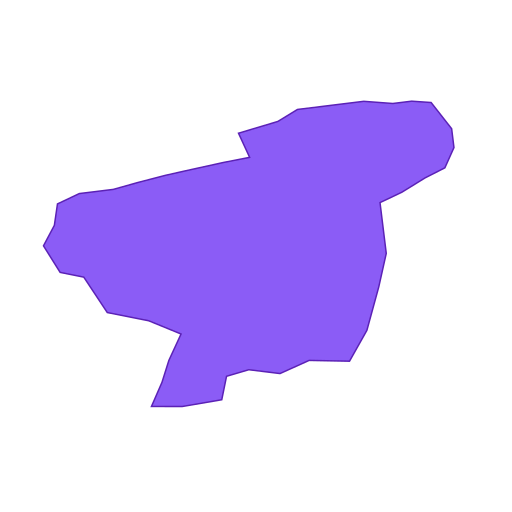 Vyzakia, Nicosia, Cyprus, rotated 263°
{"feature_id": "46923920B13954431934634", "entity_name": "Vyzakia", "entity_type": "district", "adm_level": 2, "iso_a3": "CYP", "parent_name": "Cyprus", "parent_adm1": "Nicosia", "projection": "albers", "projection_center": [33.022, 35.072], "detail": "fine", "context": "isolated", "style": "filled", "palette": "violet", "viewbox_px": 512, "rotation_deg": 263, "n_neighbors": 0, "source": "geoboundaries", "source_scale": "gbopen_adm2", "svg_char_len": 692}
<svg xmlns="http://www.w3.org/2000/svg" viewBox="0 0 512 512"><g transform="rotate(263 256 256)"><path d="M292.0,46.3L263.6,59.6L256.0,82.5L218.0,101.5L204.8,141.6L187.7,172.1L163.0,156.8L142.1,147.3L119.4,133.9L115.6,164.4L117.5,204.5L140.2,212.1L144.0,235.0L136.4,265.5L145.9,296.0L140.2,336.0L168.7,357.0L210.4,374.1L242.7,385.6L269.3,385.6L293.9,385.6L301.5,408.5L312.9,433.3L320.5,454.2L339.5,465.7L358.5,465.7L387.0,448.5L390.7,429.4L390.7,410.4L396.4,381.8L396.4,349.4L396.4,315.0L386.9,294.1L380.0,253.6L354.7,261.7L352.8,235.0L349.0,194.9L347.1,175.9L343.3,147.3L339.5,122.5L339.5,88.2L331.9,65.3L311.0,59.6L292.0,46.3Z" fill="#8b5cf6" stroke="#5b21b6" stroke-width="1.5"/></g></svg>